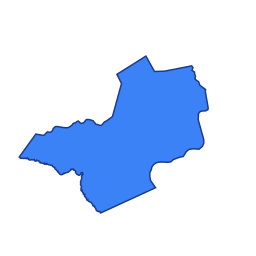 Ngchesechang, Airai, Palau (Albers equal-area conic projection), rotated 126°
{"feature_id": "81905179B88239301587184", "entity_name": "Ngchesechang", "entity_type": "district", "adm_level": 2, "iso_a3": "PLW", "parent_name": "Palau", "parent_adm1": "Airai", "projection": "albers", "projection_center": [134.583, 7.399], "detail": "fine", "context": "isolated", "style": "filled", "palette": "blue", "viewbox_px": 256, "rotation_deg": 126, "n_neighbors": 0, "source": "geoboundaries", "source_scale": "gbopen_adm2", "svg_char_len": 5646}
<svg xmlns="http://www.w3.org/2000/svg" viewBox="0 0 256 256"><g transform="rotate(126 128 128)"><path d="M40.3,113.0L60.7,132.0L66.7,139.8L59.3,155.8L76.9,162.8L91.1,168.5L95.8,159.4L127.9,147.3L135.1,149.6L136.8,150.6L141.3,151.0L142.2,152.0L143.0,154.2L143.9,156.5L143.3,157.8L143.2,158.6L142.6,160.5L143.4,162.8L144.0,164.4L144.9,165.8L145.8,166.7L149.4,166.9L150.2,167.2L151.7,168.4L152.0,169.8L151.5,172.2L152.4,172.9L154.4,173.5L155.7,174.5L157.1,175.1L158.2,174.9L159.5,175.3L162.4,176.3L163.1,177.0L164.0,178.0L165.5,180.3L168.4,186.1L169.1,187.1L169.6,187.6L170.8,187.9L171.7,188.1L172.5,188.2L173.4,187.8L174.6,187.7L175.4,187.6L176.7,188.1L177.5,188.7L178.4,190.8L179.2,191.1L182.8,191.6L183.7,192.1L187.1,199.0L215.4,198.9L215.4,198.6L215.5,197.7L215.7,197.4L215.6,197.1L215.4,196.7L215.2,196.7L215.1,196.4L214.7,195.8L214.5,195.5L214.3,195.4L214.1,194.6L213.9,194.3L213.7,194.1L213.3,193.9L213.1,193.7L213.0,193.4L212.7,193.3L212.8,192.9L212.7,192.8L212.7,192.7L212.4,192.5L212.5,192.3L212.4,192.1L212.3,191.8L212.2,191.8L212.1,191.7L211.9,191.5L211.7,191.5L211.9,191.3L211.8,191.1L211.7,190.9L211.4,190.8L211.3,190.6L211.6,190.4L211.9,189.8L211.7,189.5L211.7,189.0L211.6,188.8L211.5,188.4L211.2,188.0L210.4,187.6L210.1,187.2L210.0,186.9L209.9,186.5L209.6,186.0L209.4,185.8L209.2,185.7L209.1,185.3L208.8,185.2L209.2,184.9L209.3,184.4L209.3,183.6L209.0,183.3L208.7,182.8L208.3,182.7L208.0,183.0L207.8,183.1L207.7,182.8L207.5,182.6L207.4,182.1L207.5,181.7L207.4,181.5L207.3,181.4L207.2,181.2L207.0,180.8L207.0,180.6L207.3,180.3L207.5,180.1L207.3,179.7L207.4,179.4L207.2,179.2L207.5,179.0L207.8,178.7L207.5,177.9L207.2,177.8L207.2,177.5L207.0,177.1L206.8,176.7L206.6,176.1L206.4,175.7L206.4,175.1L206.0,175.0L206.3,174.8L206.4,174.5L206.0,174.4L206.1,174.2L205.8,173.9L205.7,174.0L205.5,173.9L205.7,173.7L205.6,173.0L205.2,172.9L205.4,172.8L205.4,172.7L205.1,172.5L204.9,172.5L204.5,172.6L204.5,172.3L204.8,172.2L204.6,171.8L204.5,171.0L204.3,170.5L204.0,169.9L203.8,169.5L203.7,169.1L203.4,168.4L203.2,167.8L202.8,167.6L203.1,167.1L203.2,166.6L203.4,166.0L203.2,165.0L203.1,164.9L203.3,164.7L203.3,164.3L203.1,164.2L203.1,163.8L203.5,163.6L203.9,163.0L203.9,162.2L203.7,161.9L203.9,161.5L204.2,161.1L204.2,160.9L204.2,160.7L204.4,160.0L204.3,159.5L204.6,159.3L204.4,159.0L204.8,158.8L204.9,157.8L205.0,157.6L205.0,157.4L205.5,156.0L205.3,155.1L205.0,154.5L204.6,154.2L204.4,153.9L204.0,153.7L203.6,153.5L203.2,153.4L202.9,153.4L202.7,153.5L202.7,153.2L202.4,152.8L202.1,152.8L202.0,152.6L201.8,152.5L201.5,152.5L201.4,152.3L201.2,152.2L200.9,152.2L200.8,151.9L200.5,151.7L199.9,151.1L199.6,150.9L199.4,150.7L198.9,150.6L198.8,150.4L198.2,150.2L197.7,150.1L196.9,149.9L196.3,149.7L196.0,149.7L195.9,149.6L195.5,149.6L195.3,149.9L195.1,150.0L195.0,149.9L194.9,149.8L194.7,149.5L194.6,149.2L194.2,149.1L194.1,148.8L194.1,148.7L193.9,148.6L194.0,148.3L193.9,148.1L193.8,147.9L193.7,147.8L193.2,147.8L193.2,147.7L193.7,147.3L193.9,147.1L194.0,146.8L193.8,146.5L193.7,146.3L193.5,146.0L193.5,145.8L193.6,145.5L193.8,144.8L194.3,144.6L194.7,144.4L195.0,144.0L195.0,143.5L195.1,143.2L195.4,142.5L195.5,141.9L195.3,141.5L195.2,141.2L195.3,141.0L195.3,140.6L195.1,140.0L194.9,139.7L194.5,139.5L194.3,139.4L194.0,139.3L193.6,139.2L193.2,139.2L192.7,138.8L192.4,138.8L192.0,138.7L191.8,138.9L191.7,139.0L191.7,139.3L191.6,139.2L191.6,138.9L191.2,138.8L191.3,138.7L191.5,138.5L191.5,138.2L191.4,138.1L191.6,138.0L191.5,137.9L191.4,137.8L191.4,137.7L191.7,137.3L191.9,137.3L192.2,137.4L192.5,137.4L193.0,137.3L193.9,137.4L194.1,137.4L194.5,137.2L195.1,136.5L195.7,136.1L195.9,135.9L196.4,135.7L197.2,135.4L198.0,135.1L198.6,135.1L198.9,134.9L199.3,134.8L199.7,134.6L199.8,134.5L200.1,134.2L200.3,133.9L200.5,133.8L200.7,133.7L201.3,133.4L201.6,133.2L201.8,133.0L202.0,132.7L202.0,132.3L202.3,132.0L202.4,131.8L202.6,131.6L202.7,131.3L202.7,131.2L202.9,131.2L203.1,131.1L203.3,131.0L203.7,130.8L204.3,130.6L204.7,130.3L205.2,130.0L205.2,129.9L205.4,129.8L205.6,129.7L205.3,129.2L205.8,129.2L206.0,129.3L206.2,129.0L206.3,128.8L206.3,128.5L206.2,128.3L205.9,128.1L206.2,127.8L206.5,127.4L206.7,126.8L206.6,126.3L206.8,126.0L207.3,125.8L207.5,125.6L207.8,125.2L207.9,124.8L207.8,124.5L207.5,124.4L207.2,124.3L207.0,124.0L207.2,123.9L207.5,124.1L207.8,124.0L208.0,123.6L208.1,123.4L208.3,123.3L208.5,123.1L208.8,122.8L208.8,122.5L209.0,122.1L208.9,121.2L209.3,120.8L209.3,120.3L209.6,120.1L209.8,119.8L210.2,119.4L210.4,119.0L210.4,118.8L210.4,118.6L210.2,118.2L209.8,118.2L210.3,117.6L210.5,117.0L210.3,116.5L210.4,115.7L210.0,115.2L209.9,114.9L210.0,114.4L210.1,114.1L210.0,113.9L210.1,113.6L210.2,113.0L210.3,112.5L210.5,112.1L210.6,111.7L210.8,111.7L211.0,111.4L211.2,111.2L211.2,110.8L211.4,110.5L211.5,110.3L211.5,109.9L211.3,109.7L211.0,109.5L211.2,109.3L211.1,108.9L211.6,108.4L211.8,108.1L211.9,107.3L212.2,106.8L212.4,106.4L212.5,106.2L213.0,105.8L213.1,105.3L213.1,104.9L213.3,104.7L213.3,104.0L213.1,103.4L213.1,103.0L212.8,102.8L212.8,102.6L212.6,102.5L212.4,102.3L212.4,102.1L212.4,101.5L212.3,101.2L212.2,100.9L212.3,100.8L212.5,100.9L212.7,100.7L212.9,100.5L212.8,100.2L160.1,70.6L157.3,78.7L154.7,81.6L151.6,83.9L147.7,84.8L145.5,85.8L142.5,85.8L139.7,84.8L137.6,83.1L135.3,80.2L132.4,75.7L130.1,73.4L127.0,72.8L124.3,71.1L123.9,70.9L121.1,68.9L118.6,66.6L116.0,66.7L113.4,67.0L110.9,66.5L109.3,65.9L106.4,62.9L103.5,58.3L103.3,58.0L99.0,57.0L95.7,57.8L92.8,60.0L80.0,76.1L74.8,79.5L72.1,79.2L70.1,77.4L68.7,75.5L67.5,74.7L66.1,74.1L64.5,75.1L53.1,86.8L51.3,87.9L51.2,95.0L49.0,98.2L49.2,100.2L48.9,102.7L46.5,103.8L45.1,105.8L43.6,107.2L43.8,110.0L40.9,111.0L40.3,113.0Z" fill="#3b82f6" stroke="#1e3a8a" stroke-width="1.5"/></g></svg>